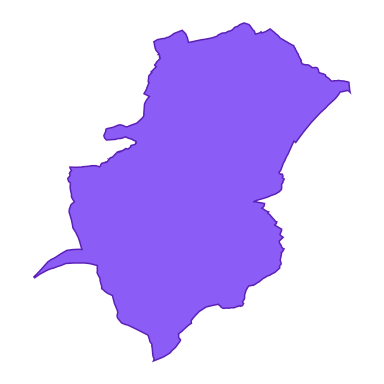 outline of Berghin, Alba, Romania
{"feature_id": "2599482B3025623586647", "entity_name": "Berghin", "entity_type": "district", "adm_level": 2, "iso_a3": "ROU", "parent_name": "Romania", "parent_adm1": "Alba", "projection": "robinson", "projection_center": [23.723, 46.065], "detail": "fine", "context": "isolated", "style": "filled", "palette": "violet", "viewbox_px": 384, "rotation_deg": 0, "n_neighbors": 0, "source": "geoboundaries", "source_scale": "gbopen_adm2", "svg_char_len": 5904}
<svg xmlns="http://www.w3.org/2000/svg" viewBox="0 0 384 384"><path d="M161.9,357.6L164.4,356.4L169.9,353.0L170.6,352.3L171.3,351.3L173.2,349.4L174.8,348.1L175.8,347.0L180.1,341.1L180.4,340.3L180.5,339.7L180.4,339.5L178.7,337.8L178.7,334.1L178.5,333.8L181.9,331.3L185.7,327.7L189.0,324.8L190.8,323.6L191.4,323.4L191.2,321.1L191.4,320.4L192.7,318.6L194.8,316.1L199.2,311.5L206.1,307.0L212.7,305.4L218.4,304.3L218.5,304.6L220.0,305.7L220.4,306.1L220.6,306.7L222.6,308.1L224.0,308.4L226.3,308.0L228.7,308.2L230.9,307.8L234.5,307.7L237.2,306.3L237.6,306.6L239.9,305.6L240.3,306.3L242.5,305.6L243.6,303.3L242.7,302.6L242.6,301.5L244.2,299.4L244.5,298.5L244.7,294.3L245.7,291.7L245.8,290.8L247.9,287.1L249.2,285.7L250.3,285.8L252.0,285.3L253.6,285.3L254.3,284.7L254.7,284.6L257.9,282.4L258.9,282.0L263.2,278.4L265.7,277.1L267.8,275.7L269.2,275.5L272.8,273.4L273.9,273.0L275.1,272.2L279.7,268.1L279.6,265.8L280.9,264.5L281.1,263.2L280.2,260.0L281.5,254.0L281.3,252.5L281.9,252.3L282.5,251.7L283.4,250.1L284.0,248.9L283.3,248.8L281.7,247.2L281.2,245.3L280.0,243.8L279.3,242.2L279.3,241.4L279.2,241.1L283.2,237.3L281.6,236.2L279.9,234.6L281.5,230.8L281.6,229.2L274.6,225.0L275.5,224.0L276.4,223.7L276.5,222.3L276.8,222.0L276.8,221.7L276.0,221.9L269.5,214.4L267.7,213.0L268.6,211.9L266.9,211.4L261.9,208.1L263.4,206.9L264.1,206.1L264.5,203.5L254.8,201.7L253.2,201.9L255.3,200.9L258.1,199.9L262.4,198.7L267.8,197.0L271.1,195.5L275.5,194.0L279.3,191.7L281.4,189.5L281.7,187.6L281.6,185.8L281.7,184.1L283.0,182.3L283.0,182.0L282.8,181.5L282.8,181.3L283.8,180.0L284.1,179.3L284.1,178.8L282.3,177.8L282.3,177.6L283.0,176.4L283.0,175.9L282.6,175.1L282.4,174.2L281.9,174.1L280.7,174.3L280.4,174.2L279.8,173.4L279.0,173.0L279.0,172.6L279.2,171.9L279.6,171.4L280.5,170.9L283.5,162.8L284.7,160.9L286.2,157.3L288.1,153.9L293.1,142.8L294.0,141.1L295.7,142.5L303.5,132.0L311.4,122.3L320.3,112.8L325.9,107.7L327.8,105.5L335.3,98.6L337.0,96.6L339.5,93.2L340.1,91.9L341.7,91.8L347.4,90.5L348.5,90.8L350.1,92.3L349.8,91.2L348.9,82.3L347.2,81.7L345.1,81.4L344.2,81.0L340.6,80.8L338.4,80.4L336.5,80.8L335.0,80.7L333.6,80.8L332.7,81.1L332.0,81.1L331.1,80.8L328.8,78.4L325.7,76.3L325.6,75.2L325.3,74.8L323.0,73.8L319.4,72.8L318.9,72.4L318.7,71.3L318.0,69.0L317.5,68.1L316.1,67.5L315.1,67.4L313.8,67.7L312.3,67.6L311.6,67.3L310.9,66.5L309.0,65.2L307.5,64.8L305.4,64.8L302.2,63.9L300.9,61.3L301.3,60.7L301.2,60.1L300.6,59.6L300.4,58.7L299.5,57.6L299.4,57.0L298.7,55.9L298.2,53.9L297.2,53.1L296.9,51.9L295.5,49.5L295.1,48.1L294.6,47.7L294.2,47.2L293.7,45.6L292.1,45.0L279.9,37.9L279.5,37.2L277.5,35.1L275.6,33.6L274.6,32.6L270.1,28.9L266.7,31.0L265.4,31.7L261.8,33.0L261.1,31.8L259.3,33.1L255.4,34.1L254.5,31.5L253.8,30.5L253.1,30.1L249.8,25.4L248.8,24.5L244.2,23.0L243.1,23.3L239.7,24.7L237.3,26.6L236.1,26.7L234.5,27.5L232.5,29.7L230.7,30.7L230.5,30.9L229.8,31.2L229.0,31.1L227.4,31.7L225.9,32.8L222.1,33.1L218.3,34.9L217.0,36.2L211.9,37.9L205.5,39.2L201.2,39.8L189.5,42.3L188.5,42.3L187.3,37.5L185.6,33.7L182.2,30.3L174.0,33.5L170.3,36.2L169.7,36.3L168.5,37.3L166.5,37.5L164.9,38.5L163.2,38.5L157.5,39.6L153.8,41.8L154.1,42.5L155.1,47.9L155.4,48.9L156.2,50.6L159.0,53.7L158.2,54.6L159.0,54.8L159.6,55.4L159.7,56.2L159.4,57.1L159.7,57.4L159.8,57.8L160.3,58.0L159.9,58.9L159.3,59.2L159.2,59.5L156.3,62.4L156.1,63.5L155.0,64.4L154.7,64.8L154.6,65.1L154.7,65.4L156.3,66.7L151.1,71.9L151.8,72.5L148.8,75.9L148.2,81.6L148.2,81.9L149.1,82.4L146.9,87.7L146.8,88.3L146.1,90.0L144.0,93.7L149.4,96.5L149.0,96.9L146.8,99.6L145.1,102.6L144.5,104.1L143.8,114.2L143.9,115.1L143.6,116.3L142.3,118.0L136.8,123.1L136.4,123.3L130.8,125.3L127.4,126.7L126.8,126.9L125.9,126.8L122.9,125.5L121.3,125.0L120.0,124.9L118.7,125.0L117.8,125.3L113.4,127.2L109.2,128.2L108.2,128.3L107.0,128.7L106.0,129.2L105.5,131.9L103.9,135.4L104.1,136.7L104.8,138.2L106.4,140.0L115.5,139.4L117.7,138.6L119.8,138.6L122.7,138.0L124.4,137.1L125.2,137.1L125.8,136.8L126.7,137.4L128.3,138.2L129.3,138.4L131.2,139.1L132.3,139.3L133.0,140.1L135.4,141.0L136.2,141.7L135.7,142.7L135.6,143.1L136.0,143.2L135.2,144.3L134.5,144.6L131.3,145.4L130.7,145.9L130.7,147.0L129.5,147.8L128.3,148.9L127.5,149.0L126.2,148.5L125.3,148.7L125.4,149.0L124.2,149.8L123.5,149.9L123.2,150.1L123.2,150.3L122.0,150.7L121.0,151.6L120.7,151.4L120.0,151.7L120.3,151.1L120.2,151.0L119.5,151.4L119.1,151.5L119.5,151.8L119.3,152.0L118.6,152.1L118.4,151.8L117.0,152.3L117.0,152.6L116.0,153.4L113.2,156.4L111.9,157.4L110.9,157.5L110.2,157.9L109.2,159.2L108.7,159.2L109.0,159.5L106.7,162.3L105.8,161.9L105.6,162.3L104.9,162.5L101.8,163.3L101.4,163.7L100.8,164.7L100.4,166.1L99.6,166.8L95.8,165.7L91.4,165.7L89.0,166.2L82.1,166.8L81.9,167.1L75.3,167.3L69.9,167.1L70.1,168.2L71.5,170.7L70.3,171.8L69.5,173.3L69.9,173.4L69.9,175.9L67.7,178.5L68.7,181.6L69.8,182.2L70.4,183.6L70.1,187.0L70.4,189.6L71.5,194.6L71.4,196.5L71.8,197.6L72.9,199.6L74.4,201.8L71.6,204.1L70.7,205.2L70.1,207.2L69.4,208.9L69.1,211.3L69.2,212.5L70.3,215.9L71.6,220.6L72.7,226.1L72.8,227.5L73.2,228.4L76.0,232.7L76.7,234.5L78.2,237.3L79.9,242.3L81.5,248.3L82.0,249.5L78.5,249.3L72.3,249.6L66.8,250.4L61.0,253.7L54.4,258.0L50.7,259.8L49.5,260.8L48.2,261.5L40.9,269.7L36.3,274.6L34.8,275.9L33.9,276.9L34.7,277.8L39.8,274.2L46.1,270.8L48.6,269.6L50.7,268.8L54.1,267.9L58.1,266.3L60.7,265.6L65.7,263.5L73.4,263.0L84.9,263.0L89.8,263.6L97.4,265.5L97.2,268.1L97.4,269.9L97.1,272.8L99.0,276.7L99.6,277.5L100.0,278.8L100.1,280.3L100.5,282.5L101.8,286.7L101.6,287.8L101.7,288.6L103.6,290.1L105.0,291.5L108.1,293.6L112.4,295.5L114.5,303.6L117.5,310.8L117.7,312.8L117.1,315.4L117.2,316.7L117.4,317.5L117.9,318.4L119.7,320.7L120.1,321.1L121.3,322.6L122.1,323.2L125.9,324.7L127.5,324.9L128.5,325.4L136.2,329.1L148.0,335.1L149.2,338.6L149.5,340.0L150.1,341.9L152.0,344.4L151.8,345.4L151.9,346.7L152.2,347.8L152.8,354.9L153.2,356.6L153.5,357.6L154.1,358.3L154.1,358.9L153.8,360.0L153.4,361.0L161.9,357.6Z" fill="#8b5cf6" stroke="#5b21b6" stroke-width="1.5"/></svg>